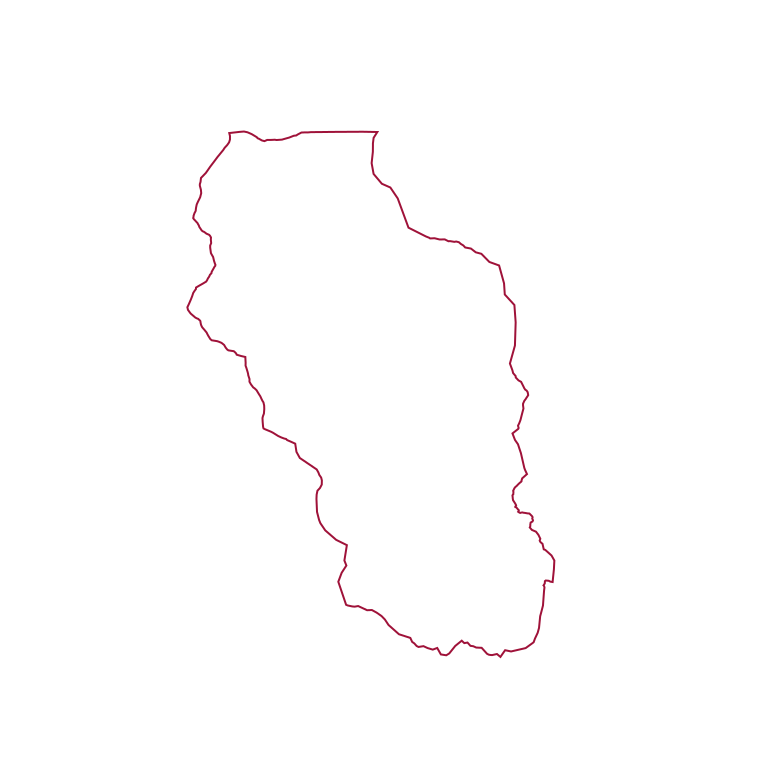 Avram Iancu, Alba, Romania (orthographic projection), rotated 35°
{"feature_id": "2599482B52871101223545", "entity_name": "Avram Iancu", "entity_type": "district", "adm_level": 2, "iso_a3": "ROU", "parent_name": "Romania", "parent_adm1": "Alba", "projection": "orthographic", "projection_center": [22.773, 46.378], "detail": "fine", "context": "isolated", "style": "outline", "palette": "rose", "viewbox_px": 768, "rotation_deg": 35, "n_neighbors": 0, "source": "geoboundaries", "source_scale": "gbopen_adm2", "svg_char_len": 5325}
<svg xmlns="http://www.w3.org/2000/svg" viewBox="0 0 768 768"><g transform="rotate(35 384 384)"><path d="M635.9,540.8L635.9,538.7L635.9,532.6L641.5,530.2L651.5,519.1L654.3,511.0L654.7,509.7L653.7,506.0L652.6,499.7L650.9,494.9L645.1,484.6L644.0,481.5L641.3,474.3L634.2,462.4L633.5,461.2L632.2,458.7L631.3,457.9L630.3,457.4L630.2,457.4L630.1,455.2L628.9,453.2L629.2,452.2L631.8,450.7L633.6,450.5L635.7,449.5L629.5,438.4L624.8,430.9L619.6,428.4L611.3,427.4L609.7,427.8L605.5,424.0L603.2,423.8L602.2,423.5L601.3,422.9L600.8,421.1L597.0,419.0L593.2,417.8L588.8,418.7L585.7,417.9L585.6,417.3L585.3,416.4L584.6,415.5L584.2,414.7L583.6,413.4L584.0,412.5L584.5,411.5L584.3,410.3L583.8,409.9L583.3,409.6L582.6,409.2L582.4,408.7L582.2,408.0L581.7,407.6L580.8,407.3L580.2,407.2L577.4,406.7L575.9,407.6L573.3,408.8L572.0,409.5L571.1,409.8L570.2,410.6L569.8,411.1L569.5,411.5L568.4,411.7L567.3,411.7L567.2,411.7L567.2,410.9L567.1,410.5L566.8,410.1L566.2,409.9L565.7,409.9L564.7,409.6L563.9,409.4L563.4,409.2L563.0,409.2L562.2,409.5L561.9,409.2L561.9,408.6L561.9,407.7L561.5,407.4L559.9,406.6L557.2,405.5L556.4,405.2L555.3,404.1L554.3,402.9L553.7,402.2L553.2,401.7L553.0,400.8L553.2,400.3L551.9,398.1L551.1,397.5L550.6,394.6L550.7,392.9L551.1,391.7L551.2,391.0L551.4,389.6L551.7,388.0L552.0,386.7L552.4,385.4L552.4,384.7L552.0,384.2L551.6,382.8L551.3,382.1L552.2,378.3L552.8,375.8L548.7,373.4L547.0,372.2L535.8,362.1L532.3,359.5L528.3,356.5L523.4,354.7L517.6,350.8L519.7,343.8L519.5,342.8L517.7,341.3L517.3,338.7L516.7,336.2L516.4,335.1L514.5,330.1L512.3,324.1L510.1,321.7L509.2,320.4L508.7,317.8L508.6,317.5L508.7,314.9L508.6,313.6L508.6,311.9L508.5,310.4L506.4,308.3L504.6,307.6L502.8,307.6L500.7,306.7L500.3,306.4L495.1,303.6L492.1,303.9L488.2,303.1L487.3,302.0L483.5,301.0L481.3,299.1L475.4,295.0L469.2,277.4L456.5,258.0L445.5,244.5L431.6,241.4L424.6,232.7L410.3,220.9L400.3,223.6L389.1,221.5L383.6,223.5L377.5,223.2L372.2,225.6L369.5,225.0L366.6,225.2L364.0,224.9L361.4,225.9L360.1,227.2L356.1,229.1L354.9,230.1L350.8,230.7L346.7,233.7L341.8,235.6L338.3,238.3L337.1,238.3L333.7,239.1L314.4,241.9L288.8,224.1L276.5,219.4L267.4,221.2L255.0,217.9L247.2,210.2L241.7,200.2L237.8,194.5L237.0,193.4L234.3,188.3L234.0,181.4L221.7,189.7L197.0,207.2L186.0,215.1L179.8,219.5L177.2,221.7L175.1,223.1L172.1,225.4L170.1,229.3L169.6,230.7L167.7,232.4L165.0,236.5L161.4,240.9L160.3,242.3L156.0,245.8L154.5,246.5L150.9,249.3L148.3,251.1L146.8,253.6L144.4,254.5L140.5,254.9L139.5,255.2L138.4,254.8L136.6,254.9L132.3,255.2L127.8,256.1L124.5,257.5L121.1,260.3L113.3,267.2L115.6,269.2L117.6,272.1L118.5,274.9L118.5,278.2L118.0,281.9L118.1,284.6L117.8,288.5L117.4,293.8L117.3,297.6L117.0,305.5L117.0,313.3L115.9,320.2L117.8,323.7L118.5,325.9L119.4,327.2L122.6,329.9L124.8,332.5L125.4,334.1L126.3,336.5L127.1,341.7L127.6,344.3L128.4,346.2L129.2,348.0L129.3,348.1L129.4,348.3L130.1,349.6L130.4,350.1L130.6,351.2L130.7,352.5L130.9,353.1L131.1,354.0L131.6,355.6L132.2,356.5L132.5,357.5L133.6,358.0L135.0,358.3L139.1,359.2L139.9,359.7L141.3,360.3L142.7,361.3L144.3,361.9L146.6,362.8L147.9,362.9L149.2,362.6L150.8,362.6L152.3,362.7L153.7,362.4L155.2,362.1L156.5,362.4L158.2,363.2L159.3,365.0L161.6,367.7L162.2,370.3L163.5,372.1L164.9,373.6L167.1,376.0L168.0,376.5L171.2,378.0L174.0,380.5L176.5,382.4L177.5,383.0L178.0,384.0L177.9,385.0L178.1,387.0L178.2,387.9L178.4,390.1L178.6,391.3L179.1,392.2L178.8,394.4L179.2,396.4L179.2,398.6L179.5,400.1L179.6,402.1L178.1,405.5L176.1,409.7L174.7,412.8L175.5,414.2L175.4,416.0L175.5,418.8L176.5,422.1L177.4,425.9L178.3,430.3L178.9,433.9L179.9,434.8L180.9,435.7L184.3,436.9L185.4,437.2L191.4,437.8L193.5,437.5L194.5,437.2L195.4,437.4L196.4,437.5L197.1,437.6L197.6,437.9L198.6,439.0L200.1,440.4L201.2,441.1L202.5,441.8L204.0,442.2L205.7,442.6L207.4,443.1L209.2,443.6L210.4,444.3L212.4,445.3L215.9,446.8L217.8,447.0L222.8,444.6L224.5,444.1L227.3,443.5L230.6,443.7L231.9,444.3L233.4,445.0L235.8,445.7L237.2,445.7L240.3,444.2L242.1,443.3L243.4,443.4L245.4,443.8L246.5,444.5L251.0,443.0L254.9,441.4L258.5,446.0L260.1,448.4L262.1,449.8L265.4,452.4L266.8,453.6L267.8,454.7L271.0,457.1L272.5,459.3L275.2,460.6L277.0,461.2L278.8,461.8L280.6,461.8L283.2,462.2L285.4,463.2L287.7,464.2L289.7,465.0L292.6,466.7L293.9,467.4L294.3,467.6L295.8,468.2L296.0,468.4L297.1,469.4L298.2,470.4L300.3,473.2L302.6,477.1L303.3,479.8L304.0,481.6L306.4,484.7L309.5,488.4L310.3,489.1L310.7,489.4L310.8,489.5L312.0,489.4L315.2,488.7L317.0,488.3L318.9,487.9L321.1,487.6L327.0,487.3L330.5,486.7L333.6,485.9L335.3,485.2L336.8,485.5L341.2,484.6L345.5,483.8L351.2,489.8L357.5,492.9L377.9,492.6L381.0,494.1L383.2,495.6L386.2,496.7L388.4,498.6L390.7,502.1L391.2,505.9L390.7,509.6L392.3,513.3L394.6,516.9L402.5,527.2L408.8,532.6L411.7,534.5L419.8,537.6L434.2,539.1L446.0,537.3L452.8,551.3L457.3,554.3L457.6,562.9L460.0,572.2L479.6,586.6L481.4,586.2L485.6,584.4L487.7,583.2L490.2,580.7L499.9,579.0L503.7,576.1L509.1,575.5L515.1,575.5L519.8,576.4L525.9,578.8L539.8,580.4L551.2,576.9L555.0,579.1L557.6,579.1L561.0,579.9L563.1,579.6L566.7,576.1L571.2,575.3L576.3,573.6L579.0,569.7L585.7,572.9L590.6,570.5L592.0,567.3L592.6,557.7L594.9,549.7L598.4,550.2L600.7,547.9L605.0,548.9L607.5,547.6L610.7,547.0L615.3,544.1L623.2,545.9L625.2,545.6L626.6,544.9L628.0,544.1L631.4,540.4L632.7,540.5L633.8,540.6L635.9,540.8Z" fill="none" stroke="#9f1239" stroke-width="2"/></g></svg>